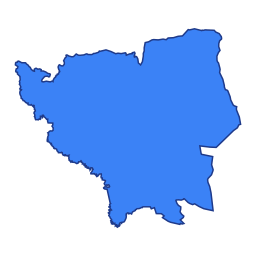 the district of Phrom Phiram, Phitsanulok, Thailand
{"feature_id": "78962969B88241581512503", "entity_name": "Phrom Phiram", "entity_type": "district", "adm_level": 2, "iso_a3": "THA", "parent_name": "Thailand", "parent_adm1": "Phitsanulok", "projection": "mercator", "projection_center": [100.076, 17.065], "detail": "fine", "context": "isolated", "style": "filled", "palette": "blue", "viewbox_px": 256, "rotation_deg": 0, "n_neighbors": 0, "source": "geoboundaries", "source_scale": "gbopen_adm2", "svg_char_len": 5689}
<svg xmlns="http://www.w3.org/2000/svg" viewBox="0 0 256 256"><path d="M117.4,227.2L118.1,226.6L118.1,226.1L118.7,226.4L119.2,226.1L119.1,225.6L119.6,225.5L119.4,224.9L119.8,224.7L119.2,224.3L120.1,222.8L121.0,222.5L121.1,223.0L121.6,223.3L121.9,222.4L124.0,221.9L124.7,221.0L125.9,218.5L126.3,216.8L126.1,215.4L126.5,214.8L126.1,214.1L127.5,212.9L128.3,213.0L128.9,213.9L130.0,213.2L131.6,214.0L132.4,212.0L135.3,210.5L135.4,209.7L136.3,209.4L137.0,208.7L139.2,208.6L142.1,207.3L142.3,207.5L143.0,206.8L150.2,206.8L151.3,208.8L154.4,207.7L156.3,213.6L161.4,213.7L164.1,215.9L162.5,217.6L168.2,221.3L170.7,222.3L179.9,224.4L180.4,223.4L182.1,224.0L183.9,223.5L180.3,219.9L183.3,217.5L183.8,216.1L181.6,214.2L180.3,212.3L180.1,211.6L180.7,209.2L180.8,206.9L178.4,205.4L176.9,203.3L175.9,200.5L176.2,200.0L178.6,199.8L181.1,200.1L183.3,199.4L183.7,198.8L184.3,198.8L188.1,202.5L189.8,203.5L192.7,204.6L194.6,203.8L199.1,206.5L203.8,208.7L213.1,210.7L211.0,192.8L209.7,186.6L207.9,182.2L207.6,179.7L208.1,178.4L211.5,174.8L213.0,170.6L213.1,169.6L211.6,164.8L212.7,156.6L201.5,154.3L201.1,153.5L199.8,145.9L209.8,147.1L216.2,147.4L233.6,130.5L237.4,127.8L238.8,124.9L240.6,124.3L239.3,117.0L236.5,110.0L236.4,108.3L236.7,106.7L234.4,105.9L233.2,105.0L230.7,99.9L230.1,96.7L227.8,90.8L227.0,90.1L225.4,89.7L224.4,87.1L224.3,85.4L222.8,79.2L219.6,72.6L220.1,69.5L219.8,67.9L218.5,63.0L217.5,61.8L217.0,60.3L216.9,56.2L218.4,52.6L220.0,50.4L218.7,46.6L218.8,43.4L219.7,40.7L221.5,39.1L221.6,38.2L221.3,36.6L219.2,33.6L215.7,32.0L214.2,30.3L205.0,29.9L203.8,30.3L202.1,30.2L201.8,30.6L194.5,28.8L189.6,29.9L188.2,29.6L182.5,35.9L178.1,36.3L173.4,37.7L168.1,38.0L166.2,39.7L163.1,39.1L158.2,39.9L153.7,39.6L152.0,39.9L148.6,41.8L145.2,42.6L144.2,47.8L144.2,51.0L143.3,53.4L143.3,56.1L142.4,61.7L140.6,64.9L138.4,63.0L137.8,58.9L136.7,56.8L135.7,56.3L134.8,57.1L134.4,57.0L134.2,55.9L135.0,53.3L134.5,52.2L132.3,52.7L132.4,53.6L129.7,53.9L126.3,55.2L126.0,53.3L125.5,53.2L125.3,52.8L121.2,53.6L118.0,53.2L115.7,53.7L110.9,51.5L106.0,49.9L99.7,51.4L99.3,51.1L98.5,52.3L95.0,53.4L93.5,53.5L92.5,54.3L91.4,54.6L87.9,54.5L87.5,54.1L86.3,53.9L83.9,54.9L80.0,55.3L78.4,55.2L76.2,54.0L73.5,56.6L71.8,56.8L68.8,56.0L67.4,55.1L66.3,55.0L66.0,55.3L66.4,56.2L66.3,56.8L65.1,57.9L63.6,60.8L64.3,62.1L64.3,64.2L62.9,65.9L61.2,65.8L59.6,64.8L58.8,65.2L58.1,67.0L58.6,69.1L59.7,71.3L59.2,71.6L59.4,72.2L58.4,73.4L58.4,74.1L57.3,74.2L57.3,74.9L56.2,75.3L56.1,75.9L55.6,76.2L55.7,76.9L54.2,78.2L53.2,80.2L53.0,81.6L52.1,81.1L50.2,81.9L46.3,81.2L43.3,81.9L42.0,81.6L41.7,80.6L42.3,79.2L44.7,76.5L47.3,76.1L48.7,76.9L49.6,76.7L50.3,74.6L49.9,73.8L47.8,73.4L45.8,72.0L43.3,71.0L41.1,71.0L41.2,69.6L39.8,68.9L37.8,69.2L36.3,68.3L35.4,68.4L34.2,69.3L34.4,71.2L33.1,70.9L31.2,69.3L30.2,67.3L29.1,66.6L28.2,65.2L26.4,63.9L25.6,62.8L21.7,62.7L18.7,61.1L17.5,61.4L17.2,62.3L16.0,62.4L15.6,62.9L15.4,64.9L17.9,66.6L17.5,68.3L16.2,68.9L15.7,71.1L16.1,72.0L17.5,72.3L17.4,73.9L19.9,76.4L20.2,79.9L19.4,81.4L19.9,83.0L19.4,84.3L20.0,85.0L20.8,87.0L19.8,88.9L20.1,89.3L21.5,89.6L21.3,90.1L20.1,90.9L19.8,92.9L20.1,94.5L21.1,96.6L21.2,98.4L22.4,99.0L23.1,100.6L24.2,100.8L25.8,102.6L26.6,102.7L27.1,103.4L28.1,103.2L28.0,104.4L28.3,104.8L30.6,105.1L31.3,104.6L32.6,106.0L33.7,105.3L34.1,105.5L34.1,106.4L33.5,106.9L34.6,108.1L34.3,109.2L35.1,109.9L35.3,111.0L34.5,111.5L34.4,112.4L33.9,113.0L34.6,114.2L34.9,116.0L34.4,116.6L35.2,117.7L35.1,118.4L35.6,119.7L37.3,119.6L38.2,119.9L39.2,118.9L40.1,119.4L40.8,118.7L40.4,117.9L40.4,116.2L41.1,116.2L42.3,117.4L42.4,116.5L42.8,115.9L42.5,115.3L43.1,115.1L43.8,115.8L43.9,116.9L44.9,117.3L46.7,119.4L47.7,119.2L47.6,121.2L48.1,122.9L52.8,123.1L52.8,125.0L52.0,126.1L53.2,127.9L53.0,130.4L52.1,131.0L50.3,130.9L49.2,131.5L48.5,132.6L47.8,132.8L48.5,134.1L48.2,134.6L48.5,135.2L47.8,136.7L47.8,138.0L47.4,138.2L47.8,139.4L47.4,139.7L47.9,140.1L47.3,140.4L47.8,141.1L47.5,141.5L49.4,142.2L50.3,143.3L51.3,143.4L51.0,144.5L51.7,144.6L51.9,145.7L53.2,146.6L53.3,147.1L53.9,147.6L53.8,148.2L54.4,148.7L55.3,148.6L56.6,149.2L57.1,150.9L58.1,151.8L58.4,152.7L60.8,152.7L61.5,152.3L62.2,152.6L62.3,153.7L63.3,155.3L64.2,155.0L64.9,155.8L65.4,155.6L65.0,154.9L65.3,154.7L66.7,155.8L68.9,155.3L68.3,156.5L69.0,157.1L68.8,158.9L69.3,159.6L69.1,160.2L70.2,161.1L70.9,162.2L71.2,162.0L71.0,161.1L72.2,161.1L72.4,162.2L74.7,162.4L76.8,163.6L78.2,163.0L78.6,161.8L80.0,161.9L81.0,160.8L81.6,161.5L81.6,162.4L82.7,163.0L82.4,164.0L85.1,164.0L85.0,164.7L84.0,164.9L84.0,165.3L85.5,166.5L85.9,165.6L86.3,165.7L86.6,166.3L85.9,167.1L86.9,167.2L87.1,168.1L87.8,168.2L88.1,167.3L88.6,167.3L89.1,168.7L90.1,169.0L90.1,169.9L90.7,169.2L90.9,167.7L92.3,167.9L93.1,169.5L92.3,170.1L92.2,171.2L90.8,173.0L90.9,173.8L93.1,173.9L93.7,173.6L94.2,174.0L94.6,173.7L95.5,174.9L96.5,174.2L96.8,174.7L96.4,175.3L96.5,176.3L96.8,176.6L98.1,175.8L99.3,174.1L101.2,173.9L101.4,174.8L101.0,177.0L101.3,177.9L102.3,178.0L102.2,179.8L105.1,180.4L105.5,180.9L104.2,183.6L104.8,184.9L106.0,185.5L106.9,184.8L107.7,185.3L108.5,184.8L109.2,185.2L109.6,186.6L108.9,187.4L108.1,187.0L107.3,187.3L106.5,186.8L104.6,186.9L103.6,187.8L103.8,188.4L105.0,189.1L107.1,189.2L110.2,203.1L110.6,203.5L109.6,204.5L110.2,206.4L109.0,206.6L108.9,207.0L110.2,207.9L110.5,208.9L111.5,210.0L110.9,210.3L109.4,209.5L108.8,210.0L109.9,211.8L109.7,212.2L108.4,212.7L108.5,213.2L109.5,213.7L108.8,215.6L109.9,216.9L110.3,218.1L111.6,219.6L111.5,220.0L110.7,220.7L111.1,221.6L111.1,222.6L111.7,222.6L112.2,221.6L112.9,222.3L112.8,223.0L111.9,223.3L111.7,223.8L113.0,224.2L113.4,223.5L114.8,223.3L114.7,224.2L115.5,224.7L115.4,225.6L116.4,224.7L116.8,224.8L116.9,225.4L116.2,226.2L117.4,227.2Z" fill="#3b82f6" stroke="#1e3a8a" stroke-width="1.5"/></svg>